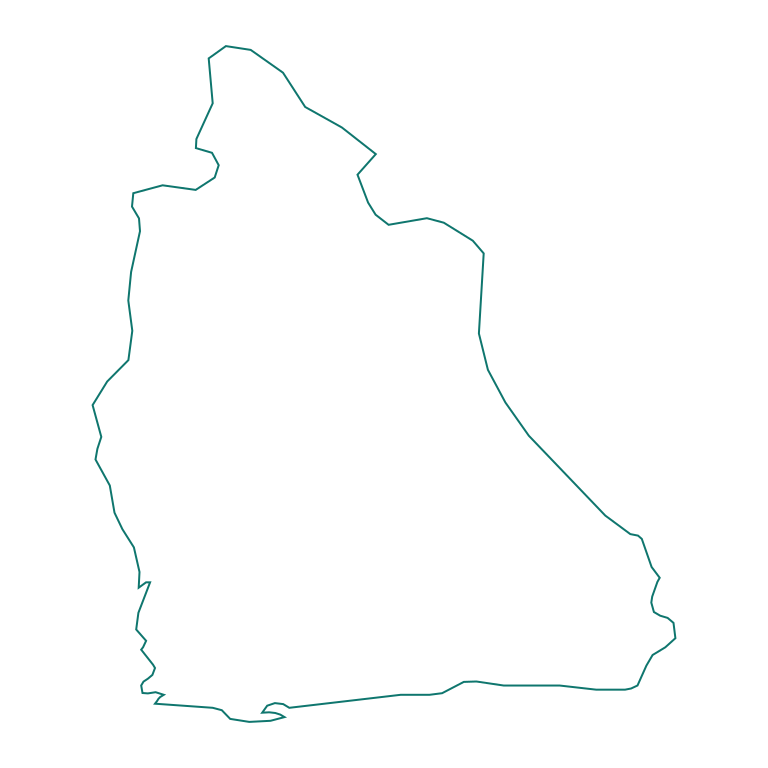 outline of Akwa Ibom
{"feature_id": "NGA-2842", "entity_name": "Akwa Ibom", "entity_type": "State", "adm_level": 1, "iso_a3": "NGA", "parent_name": "Nigeria", "parent_adm1": "", "projection": "mercator", "projection_center": [7.82, 5.014], "detail": "fine", "context": "isolated", "style": "outline", "palette": "teal", "viewbox_px": 768, "rotation_deg": 0, "n_neighbors": 0, "source": "natural_earth", "source_scale": "10m", "svg_char_len": 1452}
<svg xmlns="http://www.w3.org/2000/svg" viewBox="0 0 768 768"><path d="M638.0,535.6L641.8,538.9L651.6,567.0L659.7,577.8L657.4,581.9L652.2,596.6L651.3,602.6L653.9,612.0L660.2,615.7L667.6,617.9L673.5,622.9L675.4,638.2L665.3,647.3L652.6,655.0L646.4,665.6L637.5,685.5L631.1,688.5L624.9,689.7L596.5,689.7L559.4,685.5L503.5,685.5L476.4,681.5L463.8,681.9L442.1,693.2L429.5,694.8L400.7,694.8L289.3,707.8L283.2,704.1L274.9,703.1L267.2,705.7L262.2,712.7L269.2,712.3L275.3,713.0L280.3,714.6L284.5,717.1L270.5,720.8L249.3,721.9L230.2,718.9L221.8,710.2L212.7,707.8L155.0,703.7L157.1,701.0L158.4,698.9L160.2,697.0L163.8,694.8L155.6,692.2L147.9,693.4L142.5,693.0L141.2,685.5L143.5,681.6L147.9,678.7L152.4,674.9L155.0,668.0L153.1,664.8L141.2,649.7L143.1,647.2L146.1,640.8L136.2,629.5L138.4,612.8L150.1,582.3L146.1,582.3L138.7,587.7L139.5,572.0L133.9,547.4L122.4,529.2L114.5,512.7L109.8,485.5L95.5,459.5L97.4,448.8L101.3,436.9L92.6,405.1L107.2,381.5L128.4,360.1L132.3,330.8L128.3,300.5L131.1,272.0L140.0,231.2L139.0,218.4L132.0,206.6L133.3,193.2L162.6,185.3L195.7,189.9L214.7,177.5L218.7,165.2L212.0,152.8L195.9,148.1L196.4,139.0L212.7,103.3L208.7,58.4L225.9,46.1L250.7,49.9L283.0,72.7L305.2,107.0L341.9,127.5L375.8,154.1L357.5,174.7L368.1,202.6L375.6,214.7L388.6,224.8L426.9,218.2L443.8,222.7L472.8,240.7L483.7,253.4L478.9,333.5L487.9,369.8L505.4,402.5L528.8,435.7L605.3,515.6L630.3,534.1L638.0,535.6L638.0,535.6Z" fill="none" stroke="#0f766e" stroke-width="2"/></svg>